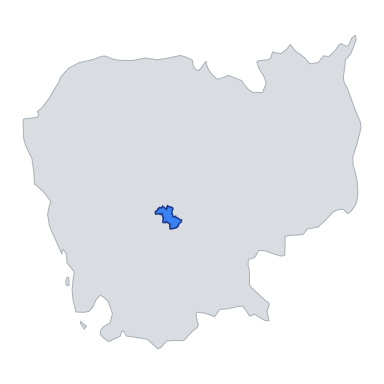 Rolea B'ier, Kâmpóng Chhnang, Cambodia shown in context
{"feature_id": "14789045B85845272815349", "entity_name": "Rolea B'ier", "entity_type": "district", "adm_level": 2, "iso_a3": "KHM", "parent_name": "Cambodia", "parent_adm1": "Kâmpóng Chhnang", "projection": "robinson", "projection_center": [104.575, 12.211], "detail": "fine", "context": "in_parent", "style": "filled", "palette": "blue", "viewbox_px": 384, "rotation_deg": 0, "n_neighbors": 0, "source": "geoboundaries", "source_scale": "gbopen_adm2", "svg_char_len": 6551}
<svg xmlns="http://www.w3.org/2000/svg" viewBox="0 0 384 384"><path d="M355.2,35.3L356.2,39.3L353.6,46.9L350.7,53.8L345.4,59.9L345.1,64.3L343.3,77.5L344.0,81.7L345.3,85.3L347.0,87.3L351.7,100.2L356.0,112.0L360.2,121.7L361.0,127.8L357.2,143.3L352.7,157.5L353.1,164.6L355.1,171.7L357.2,181.2L357.9,193.3L356.9,201.2L354.8,206.1L351.0,211.2L347.6,213.7L343.6,209.5L340.3,209.3L336.0,210.5L332.6,212.5L325.7,219.9L318.0,227.1L307.4,228.9L303.3,234.2L298.9,235.0L290.5,235.3L285.0,236.5L285.2,239.2L284.8,251.8L284.9,254.8L284.1,255.6L280.3,256.0L273.8,254.0L265.1,250.9L258.9,250.4L255.7,255.9L253.8,258.1L251.4,258.4L249.0,259.4L248.2,261.8L248.0,264.9L249.2,270.2L249.6,278.5L249.3,284.2L251.6,287.8L264.9,300.0L268.9,303.0L269.3,304.8L267.0,311.4L269.1,320.7L264.9,320.5L257.9,316.5L254.6,314.1L250.6,316.0L249.2,315.7L246.4,311.1L242.9,306.4L239.2,306.2L231.4,308.0L223.5,309.3L220.5,309.2L219.2,310.1L214.6,317.0L212.7,315.8L204.7,313.2L197.4,312.2L195.9,314.0L196.8,319.6L198.4,325.1L197.4,327.5L193.4,330.4L188.1,335.6L184.9,339.7L182.6,340.7L174.6,340.5L166.5,341.0L163.3,344.9L160.3,347.9L157.7,348.7L147.2,339.2L126.3,335.9L124.0,331.7L122.0,330.9L120.1,336.3L108.6,341.6L103.9,338.4L100.3,334.6L100.9,329.9L104.2,326.1L109.9,323.3L112.5,313.7L108.2,301.4L104.4,297.9L100.4,295.0L96.2,299.6L92.6,307.4L88.9,311.4L83.7,312.3L76.0,312.0L73.1,300.3L72.1,290.3L73.2,278.9L74.3,272.1L67.0,262.8L66.6,253.9L63.0,249.3L62.0,251.6L62.1,254.1L61.1,252.3L49.5,226.2L47.6,214.1L49.6,204.8L50.8,201.6L47.4,196.7L42.7,191.1L34.4,183.8L33.9,172.3L32.0,158.7L29.6,154.1L25.8,145.7L23.7,138.7L23.0,120.3L24.1,118.9L30.0,118.3L37.6,117.0L38.8,114.0L37.4,111.6L42.3,107.4L49.2,98.3L54.6,88.8L58.5,82.8L60.8,76.8L68.6,68.3L79.4,62.5L86.6,61.1L94.2,59.1L101.5,56.3L105.0,56.0L114.0,59.5L118.9,60.3L124.0,60.3L129.3,60.6L134.0,60.3L145.0,57.9L156.8,59.8L167.3,58.3L180.2,55.5L186.6,57.3L192.4,60.1L193.2,65.6L194.6,68.2L196.5,70.2L199.1,70.2L202.4,66.3L205.2,62.2L206.1,61.5L206.2,63.5L207.6,67.8L210.1,72.1L212.6,75.0L216.7,78.8L219.5,79.0L228.3,75.4L241.6,80.6L243.2,83.2L247.5,88.5L252.2,92.3L262.5,92.5L266.2,83.2L264.4,77.5L258.5,67.6L256.9,61.7L258.8,60.7L268.8,59.6L270.4,58.4L272.6,52.0L275.3,52.7L280.9,53.6L286.8,49.2L290.2,44.6L292.1,46.7L294.2,49.9L296.5,51.8L300.7,54.6L305.4,58.5L308.3,62.3L310.6,63.8L316.6,62.7L318.1,62.9L321.6,58.2L324.0,55.7L326.1,56.4L329.1,56.4L335.3,50.4L338.8,45.0L340.7,43.5L346.3,46.2L348.5,45.7L351.7,38.2L355.2,35.3ZM69.2,284.9L68.0,285.6L67.0,285.6L65.9,284.5L66.0,280.3L66.8,277.7L68.7,277.3L69.2,284.9ZM86.6,326.3L84.2,329.1L80.5,323.3L80.6,321.6L86.6,326.3Z" fill="#d9dde1" stroke="#a8b0b8" stroke-width="1"/><path d="M155.4,211.6L155.3,211.8L155.3,212.0L155.3,212.3L155.4,212.5L155.4,213.0L155.3,213.3L155.4,213.6L155.7,214.1L155.8,214.2L155.9,214.3L156.1,214.3L156.2,214.2L156.7,214.1L157.2,214.0L157.5,213.9L158.1,213.8L158.6,213.7L158.8,213.8L159.4,214.2L159.7,214.3L159.8,214.3L160.2,214.5L160.3,214.4L160.7,214.2L160.8,214.0L160.9,213.8L161.0,213.8L161.4,214.1L161.5,214.2L161.8,214.2L161.9,214.3L162.1,214.2L162.2,214.3L162.2,214.1L162.3,214.0L162.3,214.3L162.3,214.6L162.3,214.8L162.3,215.1L162.3,215.3L162.3,215.5L162.5,215.6L162.7,216.0L162.8,216.2L163.0,216.3L163.1,216.5L163.1,216.9L163.0,217.0L162.9,217.1L163.1,217.3L163.4,217.5L163.5,217.7L163.5,217.9L163.5,218.0L163.2,218.5L163.1,218.9L163.1,219.1L163.2,219.5L163.0,220.0L162.9,220.2L162.9,220.3L162.9,220.7L162.9,220.8L163.1,221.0L163.1,221.4L162.9,221.4L162.9,221.7L162.9,221.9L163.0,222.4L163.0,222.5L163.5,222.7L163.9,222.6L164.4,222.4L164.6,222.4L164.8,222.4L165.3,222.6L165.6,222.7L165.8,222.3L165.8,222.1L165.9,221.9L166.1,221.5L166.3,221.6L166.5,221.7L166.6,221.8L166.8,221.8L167.0,222.1L167.4,222.3L167.5,222.3L167.7,222.7L167.9,222.7L168.4,222.8L168.7,222.8L168.9,223.2L169.0,223.2L169.1,223.3L169.2,223.5L169.5,223.7L169.8,223.9L169.9,224.4L170.0,224.5L169.9,224.6L169.7,224.8L169.7,225.2L169.8,225.4L169.8,225.7L169.9,225.9L169.8,226.1L169.9,226.3L169.9,226.8L170.0,227.0L170.0,227.4L170.0,227.6L170.0,228.1L170.1,228.4L169.9,228.6L170.0,228.7L170.2,228.8L170.3,228.9L170.4,229.0L170.5,229.0L170.5,228.9L170.9,228.8L171.0,228.8L171.2,228.7L171.3,228.7L171.5,228.5L171.8,228.5L172.0,228.6L172.3,228.7L172.4,228.8L172.5,228.8L173.0,228.7L173.3,228.6L173.5,228.5L174.0,228.2L174.3,228.0L174.5,228.1L174.8,228.0L174.9,227.9L175.0,227.9L175.3,227.9L175.5,227.9L175.6,228.0L175.9,227.9L176.1,227.9L176.2,227.7L176.3,227.6L176.6,227.5L176.8,227.4L176.9,227.2L177.2,227.0L177.2,226.9L177.2,226.7L177.3,226.6L177.5,226.6L177.9,226.4L178.1,226.2L178.4,225.7L178.5,225.4L178.2,225.1L178.3,224.6L178.4,224.4L178.5,224.3L178.8,224.2L179.1,223.8L179.3,223.4L179.5,223.3L179.9,223.0L180.3,222.7L180.6,222.4L180.9,222.2L181.1,222.0L181.3,221.8L181.4,221.6L181.5,221.5L181.5,220.9L181.3,220.0L181.4,219.9L181.2,219.8L180.9,220.0L180.6,220.0L180.1,219.9L179.9,219.8L179.6,219.5L179.4,219.3L179.0,219.0L178.7,218.5L178.3,218.5L178.2,218.3L177.7,218.1L177.2,217.8L176.6,217.5L176.5,217.4L176.4,217.4L176.2,217.5L175.9,217.5L175.7,217.4L175.6,217.1L175.6,216.9L175.5,216.7L175.6,216.3L175.1,216.3L174.9,216.4L174.8,216.5L174.6,216.6L173.7,216.7L173.4,216.9L173.0,216.7L172.8,216.3L172.7,216.1L172.7,215.8L172.7,214.7L172.6,214.3L172.0,213.7L171.8,213.5L171.8,213.4L171.8,213.1L171.7,213.0L171.7,212.9L172.0,211.7L172.5,209.6L172.6,209.4L173.0,209.1L172.9,208.5L172.8,208.3L172.8,208.2L172.6,207.9L172.4,207.6L172.2,207.5L171.7,207.4L171.4,207.3L171.2,207.3L170.5,207.0L169.4,206.5L169.1,206.6L168.6,206.6L168.2,206.4L168.1,206.2L167.8,205.8L167.7,205.7L167.6,205.8L167.5,205.7L167.4,205.8L167.4,206.0L167.4,206.3L167.3,206.2L167.2,206.3L167.0,206.5L167.1,206.8L167.2,207.1L167.1,207.3L167.1,207.5L166.9,207.8L166.7,207.9L166.7,208.0L166.8,208.0L167.0,208.2L166.8,208.3L166.6,208.4L166.6,208.5L166.4,208.6L166.2,208.7L166.2,208.8L166.1,209.0L166.1,209.3L164.8,208.0L164.6,207.7L164.1,207.4L162.8,206.3L162.8,206.6L162.7,206.8L162.6,207.0L162.5,206.9L162.3,207.0L162.2,207.0L162.0,207.3L161.8,207.4L161.7,207.6L161.4,207.6L161.4,207.8L161.2,207.9L160.9,207.8L160.7,207.9L160.4,207.9L160.2,207.7L159.8,207.4L159.7,207.4L159.4,207.4L159.3,207.5L159.2,207.6L159.1,207.9L159.0,208.0L158.9,208.2L158.9,208.3L158.7,208.4L158.6,208.5L158.4,208.6L158.5,208.9L158.4,208.9L158.3,209.0L158.1,209.1L157.9,209.2L157.7,209.2L157.6,209.6L157.5,209.9L157.3,210.1L157.2,210.4L157.1,210.5L157.0,210.8L156.9,210.8L156.8,211.0L156.6,211.1L156.4,211.0L156.2,211.2L156.0,211.3L156.0,211.5L155.9,211.5L155.5,211.6L155.4,211.6Z" fill="#3b82f6" stroke="#1e3a8a" stroke-width="1.5"/></svg>